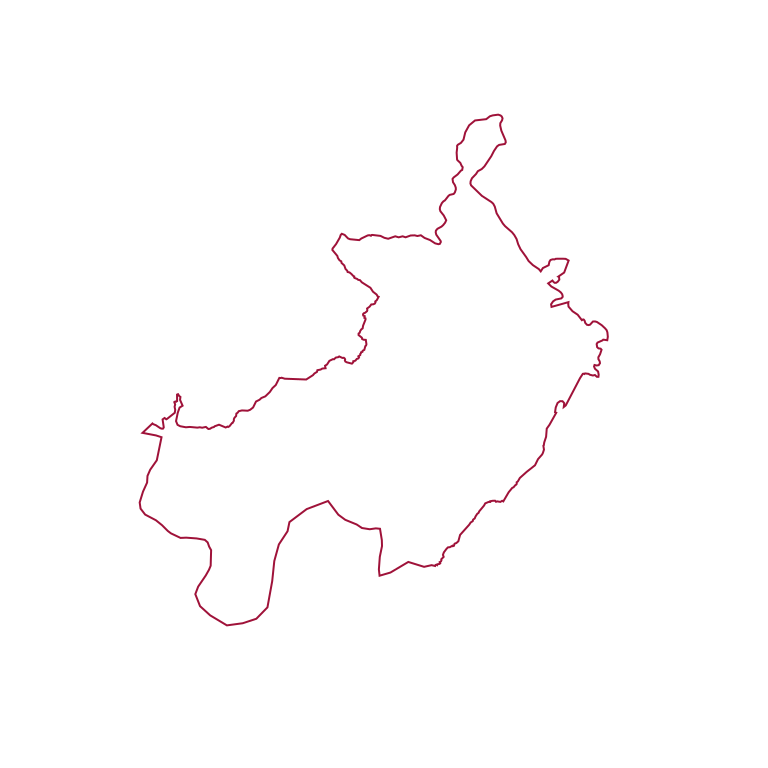 outline of Kpandai, Northern, Ghana, rotated 123°
{"feature_id": "2480657B93484130612637", "entity_name": "Kpandai", "entity_type": "district", "adm_level": 2, "iso_a3": "GHA", "parent_name": "Ghana", "parent_adm1": "Northern", "projection": "albers", "projection_center": [-0.12, 8.387], "detail": "fine", "context": "isolated", "style": "outline", "palette": "rose", "viewbox_px": 768, "rotation_deg": 123, "n_neighbors": 0, "source": "geoboundaries", "source_scale": "gbopen_adm2", "svg_char_len": 6160}
<svg xmlns="http://www.w3.org/2000/svg" viewBox="0 0 768 768"><g transform="rotate(123 384 384)"><path d="M225.7,220.6L222.5,222.0L219.0,224.8L217.6,226.6L216.9,228.9L216.1,233.4L216.0,239.2L216.6,241.1L217.8,242.8L222.0,243.5L223.1,244.4L223.8,246.0L223.1,248.6L221.8,250.0L221.2,251.4L221.4,252.2L222.7,252.8L220.4,259.3L220.3,265.5L218.6,271.4L216.5,273.1L214.9,273.9L228.1,285.5L226.1,287.3L222.6,287.2L219.7,286.0L215.6,281.9L213.7,281.6L213.0,282.0L211.7,283.4L210.9,285.5L210.6,288.3L211.1,296.8L210.2,301.1L205.5,299.1L206.1,297.3L206.2,296.0L205.4,294.8L203.6,294.0L201.0,293.8L198.9,295.5L199.0,296.3L192.4,293.6L179.9,296.4L180.1,299.8L181.8,302.7L185.4,308.1L186.6,308.8L187.6,310.5L189.3,311.9L191.3,311.9L194.7,310.6L200.2,313.9L204.2,313.9L203.3,316.7L203.2,323.9L202.1,329.7L200.1,333.9L196.6,342.9L193.7,347.6L190.2,351.8L188.1,355.9L187.0,359.3L185.7,368.4L184.7,371.7L179.5,382.5L174.9,387.7L173.3,390.6L172.9,393.0L172.9,404.3L170.0,419.1L168.8,420.7L166.7,421.8L163.5,422.3L157.8,421.2L154.4,421.2L150.5,419.1L146.8,418.3L134.6,418.1L128.7,418.7L123.1,418.6L120.8,417.7L116.9,413.4L115.0,413.5L113.5,414.8L107.6,423.6L104.0,427.3L101.9,428.5L98.5,428.6L96.6,429.3L95.5,431.0L95.3,432.5L95.9,434.9L99.5,439.1L101.8,441.0L106.2,442.5L113.4,451.2L120.7,453.5L128.7,452.9L135.8,450.4L139.9,450.8L143.2,452.4L144.5,452.4L146.0,451.3L150.4,449.1L155.9,445.0L156.3,444.3L157.0,440.4L158.7,437.8L159.3,436.1L161.9,435.0L163.1,435.7L168.2,436.4L172.9,438.1L174.7,438.2L177.2,436.0L178.6,432.9L180.2,430.8L181.7,429.7L184.8,428.9L186.7,429.1L189.6,431.9L191.1,432.4L196.8,432.9L198.6,433.7L200.9,434.0L205.1,433.4L207.0,432.4L208.4,430.8L210.1,425.7L212.8,421.0L215.4,420.6L218.5,420.9L220.7,421.5L224.7,423.7L227.1,424.0L228.7,423.2L230.3,421.5L233.2,414.4L233.9,413.7L236.1,413.5L237.1,414.5L238.2,417.7L238.2,423.8L239.4,429.5L239.2,434.1L241.7,436.6L242.6,439.2L244.9,442.5L249.2,445.8L250.0,448.8L253.0,451.6L254.0,455.0L259.9,459.6L261.2,463.3L261.7,467.6L265.4,475.1L266.0,475.7L266.8,475.7L267.2,477.4L268.3,478.6L274.4,482.3L276.8,483.1L281.1,491.4L281.5,493.5L280.4,498.2L281.0,501.2L282.6,501.5L285.3,500.8L292.8,500.4L298.4,500.9L299.7,500.3L302.0,492.9L303.4,491.3L304.5,488.6L304.4,486.7L305.6,485.5L306.2,481.9L308.5,478.9L309.0,476.6L309.9,475.5L309.2,473.7L309.5,471.1L310.1,468.8L310.0,467.5L311.0,467.0L311.1,466.5L310.5,463.7L310.7,462.4L310.0,460.7L310.8,458.0L310.7,447.8L312.6,443.5L313.0,438.9L314.0,437.0L313.8,436.0L317.7,435.7L319.5,436.3L320.2,435.6L321.6,435.5L323.0,436.4L324.2,438.0L327.0,438.2L329.9,439.3L331.1,438.2L332.2,437.9L334.7,438.7L335.7,439.5L336.9,439.6L337.9,438.7L337.6,437.1L339.2,436.5L339.0,435.3L340.0,434.6L346.5,433.3L349.0,432.2L350.6,432.8L352.6,432.8L354.2,432.3L355.5,432.8L356.8,432.0L357.2,427.8L358.2,426.8L358.0,425.3L356.9,423.3L360.2,420.4L361.5,420.0L362.4,420.3L366.1,419.1L367.7,420.0L368.8,419.6L369.9,420.5L371.0,420.1L371.6,420.3L372.7,419.7L374.7,420.6L375.2,419.5L376.5,419.4L377.8,420.5L380.0,420.7L381.7,422.2L382.5,421.6L384.4,422.0L386.1,427.1L386.2,428.7L385.5,429.7L384.5,430.0L384.0,430.9L383.9,432.0L384.8,433.1L385.3,436.6L386.3,436.9L388.1,438.8L390.5,439.4L391.0,440.4L394.3,442.4L398.7,442.4L400.8,443.4L402.6,441.6L404.7,444.2L406.4,445.0L408.7,447.4L410.3,446.8L413.1,448.1L415.3,448.4L422.6,451.7L433.6,470.1L434.5,473.3L435.2,473.8L435.9,475.1L443.8,474.2L448.1,475.3L452.9,475.4L459.0,476.8L462.5,479.2L465.0,479.8L468.4,481.8L475.0,481.0L478.5,482.2L480.6,483.7L483.5,488.7L485.9,491.0L487.8,491.1L489.2,491.7L491.4,490.6L493.8,491.0L495.2,490.8L496.6,489.9L499.2,489.8L499.5,490.2L503.6,490.6L504.9,491.3L504.9,492.0L506.7,493.1L508.0,500.2L511.7,503.0L512.7,503.2L514.3,504.6L516.4,505.6L517.4,506.8L517.0,510.0L519.7,512.7L520.6,514.9L522.2,516.7L525.8,523.5L528.2,526.6L530.4,531.9L530.7,534.9L528.4,538.2L520.5,541.3L515.1,542.6L511.9,541.1L508.4,546.4L505.7,547.7L505.6,549.2L504.7,551.2L505.6,551.8L511.0,548.2L512.1,548.7L512.3,549.5L513.4,550.0L514.9,548.0L517.2,547.2L519.4,545.0L522.1,543.8L531.3,546.9L532.2,547.4L532.0,549.5L534.3,550.4L540.3,545.1L541.7,545.0L542.4,545.8L542.9,547.4L542.8,552.9L543.4,555.8L543.2,556.7L556.5,559.9L551.3,547.2L549.8,541.6L571.7,533.0L583.2,533.4L589.9,532.3L595.7,529.0L605.5,527.5L616.4,524.4L621.1,520.3L623.6,513.2L622.5,501.1L623.3,493.3L625.0,485.3L625.3,481.3L623.9,470.8L620.6,466.2L615.6,457.1L612.3,449.4L612.9,445.6L615.6,442.1L617.5,438.5L630.8,430.4L635.1,429.6L641.7,429.2L655.1,429.5L663.0,427.8L670.5,417.3L672.7,403.8L672.0,384.3L661.6,372.2L650.4,363.2L634.8,360.1L610.2,370.4L592.2,379.6L575.8,384.8L560.0,384.7L551.3,388.1L531.0,380.7L512.6,367.2L518.5,351.1L519.0,342.5L516.7,330.4L516.8,324.1L513.6,316.9L509.5,312.2L507.6,308.5L516.1,300.8L521.0,297.4L531.2,293.4L542.3,287.3L547.2,283.3L538.6,275.9L520.0,266.7L515.5,250.8L510.0,245.4L508.8,242.0L507.7,242.2L506.8,241.5L506.9,240.8L506.0,240.9L504.7,239.5L503.8,239.2L503.1,240.3L501.8,239.6L500.6,239.8L499.8,240.5L496.5,239.8L495.2,241.5L492.6,242.1L488.2,241.8L486.2,241.4L485.0,239.9L482.3,238.5L482.5,237.9L481.5,237.2L480.0,237.8L479.1,237.6L478.0,236.7L475.4,236.0L469.1,238.0L455.6,235.9L453.0,235.9L450.7,234.9L449.2,235.4L447.3,234.7L445.3,235.1L442.2,235.1L440.5,234.5L439.0,234.8L431.5,233.9L429.0,234.1L426.0,232.1L425.1,230.7L424.5,231.1L422.8,229.3L421.4,227.3L421.8,225.9L420.8,225.2L419.5,222.2L417.6,221.3L417.5,220.0L406.9,220.5L401.4,219.9L400.0,219.1L397.4,218.8L396.4,218.3L395.5,218.3L394.2,219.2L392.8,218.7L388.8,218.9L380.0,216.5L369.9,213.1L363.1,213.9L357.0,213.0L355.2,213.2L351.9,214.1L349.0,216.7L348.4,216.6L345.7,217.8L340.0,219.3L332.8,223.2L328.1,223.0L314.3,223.9L314.5,225.2L310.1,227.2L305.4,228.1L302.5,227.0L301.2,224.9L301.9,222.4L305.4,220.7L303.0,219.9L272.3,222.8L267.2,222.8L266.5,222.0L266.5,221.4L265.6,221.1L264.1,218.0L264.1,216.4L263.1,213.4L261.6,212.0L262.0,209.4L261.2,208.1L259.3,209.0L256.9,211.3L256.3,215.4L254.9,217.4L253.4,217.8L252.7,215.8L251.3,214.2L248.9,214.2L247.5,215.5L246.4,217.7L244.8,218.8L241.4,219.0L236.8,220.2L236.4,221.6L237.3,223.5L237.0,225.3L234.7,227.4L233.0,227.5L228.4,224.5L227.4,224.3L225.7,220.6Z" fill="none" stroke="#9f1239" stroke-width="2"/></g></svg>